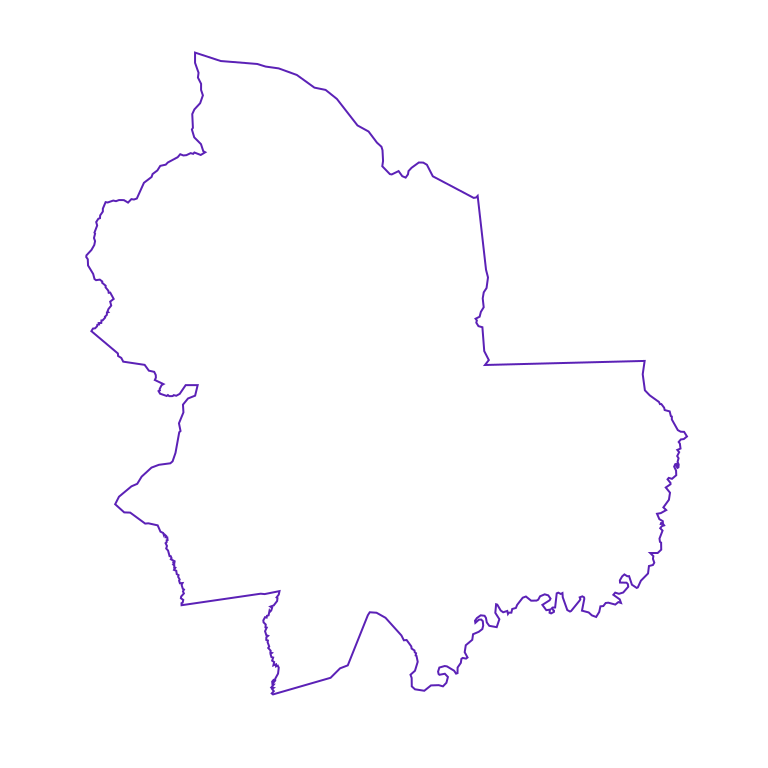 outline of Lufwanyama, Copperbelt, Zambia, rotated 4°
{"feature_id": "96606910B27641216908272", "entity_name": "Lufwanyama", "entity_type": "district", "adm_level": 2, "iso_a3": "ZMB", "parent_name": "Zambia", "parent_adm1": "Copperbelt", "projection": "robinson", "projection_center": [27.285, -12.951], "detail": "fine", "context": "isolated", "style": "outline", "palette": "violet", "viewbox_px": 768, "rotation_deg": 4, "n_neighbors": 0, "source": "geoboundaries", "source_scale": "gbopen_adm2", "svg_char_len": 6114}
<svg xmlns="http://www.w3.org/2000/svg" viewBox="0 0 768 768"><g transform="rotate(4 384 384)"><path d="M293.9,93.2L275.5,81.8L256.9,76.5L243.8,75.6L235.2,73.6L198.6,73.2L172.4,66.6L173.1,76.8L177.3,86.5L177.0,91.3L180.6,97.3L181.0,103.4L183.2,108.7L181.0,116.7L175.7,123.3L173.9,128.1L175.5,141.8L174.6,143.5L177.5,151.2L184.7,157.5L187.5,164.4L189.5,165.3L185.2,168.3L178.7,166.3L177.6,167.7L175.0,167.2L170.9,169.5L167.9,170.0L164.7,169.0L162.4,172.1L152.9,178.1L151.0,180.4L145.6,182.0L143.0,186.8L138.5,190.7L137.7,193.7L130.5,200.0L124.5,216.2L121.7,217.4L119.1,217.2L116.0,220.9L111.7,218.7L106.8,219.0L103.9,220.3L101.1,219.9L95.7,222.2L93.6,222.0L91.3,228.7L91.5,231.6L89.1,235.6L89.1,238.4L87.5,239.1L85.6,242.5L86.8,245.9L84.6,253.2L85.3,254.1L84.5,258.6L85.8,261.6L85.3,265.5L82.8,270.7L78.2,276.4L78.1,278.1L79.8,280.2L80.5,286.4L86.2,294.5L87.9,299.5L89.5,300.5L93.2,299.7L95.8,301.4L95.8,302.7L99.5,305.4L99.5,307.0L102.5,310.2L103.0,312.2L104.5,311.9L108.4,318.0L105.1,320.9L106.4,324.8L103.9,328.4L103.1,331.0L103.9,331.6L102.6,332.1L102.7,334.4L100.9,336.4L101.2,337.2L98.9,340.1L97.7,340.3L97.7,342.8L95.2,343.1L95.6,344.5L93.9,344.9L93.7,346.5L91.9,348.6L89.8,349.0L88.4,351.7L116.4,372.1L116.8,374.6L120.1,376.3L122.3,379.9L143.9,381.6L148.5,387.1L153.9,387.9L155.7,391.0L156.0,393.6L155.1,396.0L164.0,399.5L162.2,400.7L160.5,404.8L160.9,406.0L159.6,406.8L161.3,409.3L168.1,411.1L169.2,410.1L170.6,411.1L174.0,410.8L175.0,409.8L177.6,410.2L180.9,408.1L186.2,399.0L198.2,398.1L196.4,408.8L189.5,412.1L184.9,418.6L185.9,426.3L182.2,437.5L184.3,445.1L183.1,446.4L180.8,467.3L178.5,475.9L176.4,478.0L165.1,480.3L157.9,483.6L148.7,493.3L144.8,500.8L139.2,503.7L127.5,514.9L124.2,522.7L133.8,530.2L139.8,530.0L155.5,539.9L158.7,539.4L168.1,540.8L171.3,546.9L174.1,548.0L175.1,550.5L175.7,549.5L177.3,550.8L176.9,552.1L178.5,552.1L179.0,554.8L178.1,555.1L178.2,557.0L177.2,558.0L178.8,560.7L178.2,563.3L180.2,565.2L182.1,570.7L183.2,570.6L184.2,572.5L183.6,573.7L187.5,575.4L187.4,576.8L186.4,576.9L187.2,578.2L186.3,578.7L187.6,580.1L187.5,581.8L188.6,581.9L187.5,584.1L189.8,584.8L190.5,588.1L192.4,589.0L192.1,590.7L193.8,593.3L193.3,594.5L194.3,597.0L196.9,596.6L196.1,598.5L197.6,602.4L198.8,603.0L197.9,604.9L199.0,606.9L196.5,610.1L196.3,611.9L198.8,613.4L198.4,616.1L197.3,616.8L197.5,618.8L275.6,601.8L279.6,601.9L294.2,597.9L293.7,601.4L291.7,604.4L292.7,605.0L292.5,608.0L289.4,612.6L286.2,614.0L288.0,615.0L287.3,617.8L286.2,619.1L285.6,618.2L285.0,622.8L283.4,623.4L283.2,625.2L281.6,624.9L280.1,628.2L280.5,630.2L282.8,632.2L282.7,635.0L284.0,635.2L282.6,638.9L284.1,642.7L285.9,643.3L284.3,644.8L284.4,647.5L286.1,648.0L285.9,649.7L287.8,653.9L286.9,655.4L289.5,657.9L289.4,659.7L290.9,660.1L289.6,661.2L290.7,664.2L292.5,664.6L291.7,667.8L293.8,669.0L293.3,672.4L295.8,671.2L296.0,673.2L297.6,672.3L298.8,674.3L298.5,680.3L296.0,685.7L296.2,687.4L295.3,688.6L295.4,687.3L294.5,686.9L293.2,688.7L293.7,691.5L295.0,691.5L292.9,694.4L295.0,694.8L293.5,695.9L295.5,698.1L293.6,700.5L294.9,701.4L351.2,680.8L360.0,670.7L367.5,667.2L384.0,615.8L385.7,612.7L392.5,612.7L401.8,617.1L418.9,633.6L421.7,638.3L424.4,637.8L429.5,643.8L430.0,646.0L433.0,647.7L433.4,649.5L434.8,650.4L434.5,652.6L435.4,653.0L437.0,658.8L434.9,667.9L430.7,672.2L432.1,675.3L432.8,683.7L436.2,686.4L445.6,687.2L451.9,681.4L459.6,680.6L463.9,681.5L467.1,677.7L468.2,671.8L464.9,668.8L459.6,670.2L458.7,669.5L458.0,667.1L459.0,663.0L464.2,661.1L466.5,661.3L473.9,665.1L476.1,667.9L477.5,667.3L477.2,661.7L480.1,656.8L480.4,652.8L481.6,651.8L485.0,652.2L486.4,651.0L483.2,645.9L483.8,638.9L489.9,633.0L490.3,627.4L495.8,624.6L499.2,621.6L499.8,618.0L499.1,613.7L497.4,612.2L495.1,612.5L491.8,615.9L491.3,613.8L493.0,611.0L496.6,608.0L500.5,608.2L502.0,610.2L503.2,614.7L505.9,617.9L513.4,618.7L515.5,610.6L511.0,604.5L511.2,595.9L512.4,596.2L516.2,601.8L518.8,603.4L522.8,601.8L523.7,604.7L524.4,603.4L527.0,603.2L527.6,599.5L531.2,598.2L532.2,595.1L537.3,587.5L540.4,586.1L545.9,589.9L551.3,589.4L552.9,588.4L554.5,584.9L559.0,582.6L562.6,583.4L565.1,586.5L564.3,588.2L557.4,593.3L561.7,598.3L565.3,597.5L565.1,600.6L566.7,601.2L569.4,599.5L569.4,598.3L566.9,596.3L567.7,595.3L570.3,595.0L570.9,580.8L572.4,580.0L575.0,581.1L576.6,580.1L577.2,584.3L582.6,596.7L585.4,598.0L586.5,597.4L594.3,586.3L594.9,584.9L594.1,583.2L596.7,582.0L598.5,582.9L598.8,584.4L597.3,596.3L604.1,597.6L607.5,600.3L611.9,601.6L614.6,596.4L615.4,590.7L618.3,590.2L620.4,587.0L623.0,586.5L630.1,587.9L633.0,585.2L635.7,585.9L634.2,582.4L627.5,578.3L629.2,576.0L633.0,576.9L637.2,575.3L641.8,569.2L641.2,566.6L639.8,565.3L633.3,565.6L633.0,563.4L635.0,559.3L637.1,557.2L640.1,558.8L641.9,558.6L645.3,566.9L650.3,569.8L651.4,569.2L654.0,562.3L660.6,554.6L661.0,547.1L664.9,545.8L666.1,543.4L664.5,539.7L664.7,536.9L661.3,534.0L668.8,533.5L672.1,529.9L671.5,522.9L670.3,522.2L669.6,519.0L672.1,510.8L669.6,508.6L671.1,506.4L673.3,505.5L672.1,504.0L669.9,504.3L670.1,503.4L671.9,503.1L671.7,501.4L668.1,499.6L665.4,494.4L669.1,493.5L674.3,490.1L671.3,487.6L676.3,479.6L676.9,472.5L672.3,467.6L676.8,464.0L676.7,462.7L673.5,459.3L674.6,457.8L677.9,458.5L681.9,454.6L681.4,450.0L679.2,446.2L680.1,443.7L681.1,443.3L681.8,443.7L681.6,445.9L682.6,447.2L683.5,446.6L683.6,443.8L682.3,441.2L683.0,437.5L681.5,435.4L683.2,431.4L681.2,429.3L684.3,427.7L683.3,422.8L682.0,421.3L684.0,418.6L686.9,418.0L689.9,415.2L686.7,410.8L683.3,410.9L680.3,409.5L673.6,399.3L673.4,396.4L672.4,396.0L670.9,391.4L665.8,390.4L665.1,388.1L662.1,384.7L660.7,384.8L659.6,382.8L649.9,376.8L644.7,372.1L641.4,356.2L642.4,342.8L483.4,358.0L486.9,352.8L481.7,344.2L478.2,320.5L474.2,319.7L471.8,316.4L472.2,314.1L470.8,312.5L474.7,310.2L475.6,305.3L478.1,300.5L476.5,291.7L477.1,285.6L479.6,281.1L480.3,270.4L477.8,262.9L464.3,189.8L462.9,191.5L460.5,192.1L418.2,173.4L411.5,162.3L407.7,160.4L403.3,160.6L396.4,166.4L393.6,169.9L393.3,173.2L391.2,176.6L387.7,175.4L383.7,170.6L377.1,174.4L375.2,174.2L367.1,166.9L367.5,161.6L366.2,150.9L364.9,147.5L360.1,143.7L351.0,133.2L339.5,127.9L317.1,102.9L305.2,94.7L293.9,93.2Z" fill="none" stroke="#5b21b6" stroke-width="2"/></g></svg>